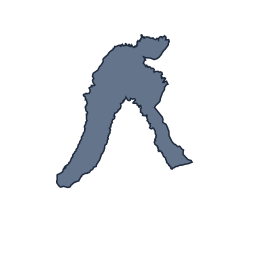 outline of Likila, Butha-Buthe, Lesotho, rotated 47°
{"feature_id": "5366337B33433866284044", "entity_name": "Likila", "entity_type": "district", "adm_level": 2, "iso_a3": "LSO", "parent_name": "Lesotho", "parent_adm1": "Butha-Buthe", "projection": "albers", "projection_center": [28.423, -28.762], "detail": "fine", "context": "isolated", "style": "filled", "palette": "slate", "viewbox_px": 256, "rotation_deg": 47, "n_neighbors": 0, "source": "geoboundaries", "source_scale": "gbopen_adm2", "svg_char_len": 5791}
<svg xmlns="http://www.w3.org/2000/svg" viewBox="0 0 256 256"><g transform="rotate(47 128 128)"><path d="M125.8,216.9L126.2,215.5L127.6,214.3L130.3,212.7L131.5,210.9L131.5,210.0L130.8,208.7L131.1,208.0L130.9,206.3L131.2,205.9L131.1,204.5L131.8,203.4L131.8,202.7L133.1,200.1L131.5,195.7L131.8,195.0L131.1,194.5L131.1,193.6L132.0,190.3L133.3,188.8L133.3,187.7L134.0,187.2L134.0,185.7L133.6,184.9L133.5,183.9L134.0,183.1L134.1,181.9L133.3,179.7L134.4,177.5L133.3,176.0L131.9,170.3L131.2,169.4L131.1,168.6L130.0,167.3L130.1,166.8L129.0,165.3L129.2,164.0L128.3,162.0L128.3,161.2L127.0,159.5L126.9,158.9L125.3,157.4L124.8,156.0L125.1,154.7L123.9,152.4L123.1,151.9L122.6,150.7L122.6,149.9L121.1,149.3L121.0,148.4L120.1,147.6L120.2,146.9L119.4,146.1L119.6,145.0L118.0,143.2L117.6,142.3L116.7,141.6L115.9,142.1L115.3,141.4L115.2,140.5L115.5,139.8L114.6,138.8L114.2,138.9L114.0,138.6L113.9,137.7L113.3,137.0L113.4,135.8L112.6,135.6L111.2,133.4L111.8,132.7L111.7,131.1L111.1,130.8L110.6,129.7L110.3,129.8L110.3,130.2L109.6,130.2L109.6,129.5L108.2,128.0L108.1,127.4L108.6,126.9L108.9,125.2L108.8,123.8L108.1,122.8L108.6,122.0L108.1,121.3L108.6,120.6L108.5,120.1L106.9,117.9L105.1,116.9L105.9,114.6L104.8,112.9L104.8,112.5L105.5,112.6L105.3,112.1L104.7,111.9L104.8,111.2L105.0,111.1L104.6,109.2L104.1,108.5L107.2,109.2L108.7,108.6L109.2,107.3L108.1,105.9L110.1,105.0L110.8,103.4L111.8,103.2L112.7,103.6L112.8,106.8L113.4,107.3L116.1,104.7L116.7,104.9L117.3,105.6L118.4,105.1L120.0,105.8L120.5,105.4L119.7,104.3L120.0,103.5L120.7,103.6L122.3,104.6L122.6,105.1L122.5,106.0L123.8,106.7L124.8,108.0L127.3,107.5L128.0,107.8L128.6,108.7L129.1,108.6L130.6,107.1L131.1,106.9L131.1,105.6L131.7,105.4L132.1,105.7L132.7,106.9L134.2,107.6L135.0,107.7L135.6,109.0L137.2,108.8L139.2,109.6L140.1,108.7L141.2,110.2L141.9,110.3L142.5,112.0L143.4,112.0L144.8,111.3L145.0,109.7L145.4,109.4L149.1,110.4L150.1,111.5L151.6,112.2L152.6,112.3L153.4,113.6L153.9,113.7L154.6,116.1L155.7,116.2L155.8,116.5L155.5,116.9L156.0,117.5L156.3,118.5L157.9,119.2L158.6,119.4L160.6,118.9L161.8,119.4L162.4,119.2L162.9,119.8L164.7,120.4L164.8,121.1L165.2,121.4L166.3,121.4L166.5,120.1L167.1,119.8L168.2,120.0L169.4,119.8L169.9,120.4L170.8,120.4L173.0,121.4L175.4,120.9L176.5,121.8L178.6,122.4L179.2,123.1L181.2,123.3L182.1,122.9L183.0,123.6L184.0,123.2L184.9,123.6L185.7,123.3L187.0,124.3L188.2,123.6L187.8,122.7L188.6,121.1L188.7,119.3L189.9,118.0L190.0,116.8L191.2,114.4L191.8,114.2L193.9,110.1L195.3,108.1L196.7,104.4L194.9,104.0L192.0,105.7L184.9,105.7L182.7,103.6L182.0,102.4L179.8,103.0L176.6,102.6L175.7,104.1L175.0,104.4L172.3,104.6L171.3,105.2L168.2,105.2L161.8,103.3L157.9,100.1L156.3,99.7L155.0,98.9L151.1,97.7L148.4,98.6L147.3,98.6L145.6,96.6L143.4,95.5L131.0,94.6L130.4,92.3L130.4,88.0L130.1,86.3L128.1,83.5L126.4,80.0L125.9,79.4L124.8,75.2L123.3,73.7L122.6,70.6L122.6,70.1L123.2,69.0L120.0,67.9L119.2,69.3L119.4,70.3L119.2,70.6L118.8,70.5L118.4,71.2L117.9,70.4L118.1,69.7L117.7,68.9L117.6,67.1L117.2,66.7L116.1,67.1L116.1,67.9L114.6,68.2L115.0,69.1L115.0,69.5L114.6,69.6L112.0,67.7L112.3,66.4L110.8,65.5L110.2,65.5L109.2,65.9L108.6,67.1L107.6,67.1L107.0,67.5L105.0,69.9L105.0,70.8L103.7,70.1L103.1,68.9L101.6,69.0L101.1,69.2L100.3,70.5L99.0,70.1L97.3,70.8L97.5,71.7L97.0,72.1L95.1,71.6L95.4,72.6L95.2,73.1L93.0,72.5L91.2,72.7L90.0,70.3L89.9,69.7L90.3,68.8L86.7,68.1L89.0,66.9L91.8,64.1L95.8,62.2L97.0,59.7L97.4,57.3L97.0,53.6L95.9,50.8L96.1,50.2L95.6,48.6L95.8,47.2L94.7,41.9L93.7,41.0L92.8,38.9L92.5,39.0L92.4,38.6L91.1,38.0L89.9,39.7L89.4,39.6L89.1,40.2L88.8,39.6L88.1,39.2L88.0,38.7L87.5,38.3L85.5,38.4L85.6,39.4L85.2,39.9L85.3,41.5L84.0,41.3L83.2,42.2L83.4,44.6L84.4,45.7L83.8,45.6L83.4,45.1L83.0,45.0L82.1,45.9L82.3,47.2L82.1,47.7L81.0,48.2L79.1,48.3L79.1,49.0L78.6,49.2L77.7,50.4L75.8,50.7L75.2,51.5L74.3,51.9L73.5,53.4L73.4,54.9L73.0,55.0L72.3,54.4L72.1,55.4L71.7,55.5L71.3,55.4L71.1,54.8L69.3,54.4L69.0,54.7L69.0,55.0L69.5,54.8L70.1,55.7L70.9,55.8L71.3,57.5L71.9,58.2L71.8,59.3L72.4,59.8L72.0,60.2L72.4,60.5L72.3,60.9L71.4,61.7L71.0,61.5L71.1,62.2L71.4,62.2L71.4,62.7L71.8,63.2L72.9,63.6L72.8,64.5L74.0,65.3L73.7,65.9L73.9,66.7L72.9,66.8L72.9,67.6L73.3,68.0L73.2,68.8L71.2,69.1L69.9,68.7L70.5,69.9L70.2,70.6L69.5,70.8L68.7,69.9L67.8,70.0L67.5,70.4L68.2,70.7L68.4,71.4L67.9,71.8L66.5,72.3L65.4,72.0L64.7,72.2L64.8,72.8L65.7,72.8L66.0,73.4L64.7,75.3L62.9,75.0L62.8,75.9L63.4,77.2L63.3,77.7L62.8,77.8L62.5,77.0L62.0,77.2L60.8,79.4L60.6,80.7L59.3,82.2L60.0,82.9L60.1,83.8L59.7,84.5L60.6,85.5L60.1,86.3L59.9,88.9L60.0,91.2L60.6,92.3L60.6,95.2L60.3,95.8L60.6,96.6L60.4,98.3L60.9,99.6L62.5,100.8L62.9,101.9L63.7,105.3L63.7,106.9L65.1,110.5L64.3,116.2L66.0,118.8L68.4,119.2L68.7,121.1L69.2,121.6L71.1,122.6L74.0,122.9L74.0,123.6L71.9,125.7L73.1,126.3L72.6,127.0L72.2,129.2L74.8,130.1L76.0,131.9L76.0,132.8L75.3,134.1L74.0,135.2L73.8,136.4L73.2,137.5L73.4,138.2L74.7,138.5L75.8,138.0L77.6,139.2L78.3,139.2L78.4,139.8L78.9,139.3L82.3,141.0L82.5,142.4L83.2,142.9L83.2,144.4L83.7,144.7L83.7,145.1L86.8,146.9L87.7,147.1L88.5,146.8L89.1,147.1L89.8,147.9L89.5,149.1L90.6,149.5L90.8,150.2L91.7,150.8L92.9,152.1L94.1,152.8L94.5,152.8L94.9,153.9L94.9,154.9L95.8,155.3L96.1,156.3L96.7,157.4L96.7,158.0L97.5,159.2L99.4,159.9L99.3,160.5L100.9,162.0L101.4,164.3L102.4,165.7L102.9,168.3L104.2,169.2L105.2,172.7L106.3,174.1L106.2,175.5L108.2,178.6L108.3,180.6L109.3,181.5L109.2,183.3L109.6,184.1L110.0,186.7L111.6,188.6L111.3,189.5L113.3,193.5L113.0,194.8L113.6,195.4L113.7,197.2L113.4,198.0L113.5,199.2L113.1,199.6L113.4,200.2L114.3,200.4L114.5,200.8L113.3,200.7L113.3,201.1L113.4,201.5L114.0,201.9L114.2,202.4L113.9,203.0L114.5,203.5L114.4,204.2L115.2,204.9L115.4,206.2L114.8,209.4L113.9,211.4L114.1,212.0L117.4,214.9L117.9,215.9L119.4,217.4L122.9,218.0L125.0,217.8L125.8,216.9Z" fill="#64748b" stroke="#1e293b" stroke-width="1.5"/></g></svg>